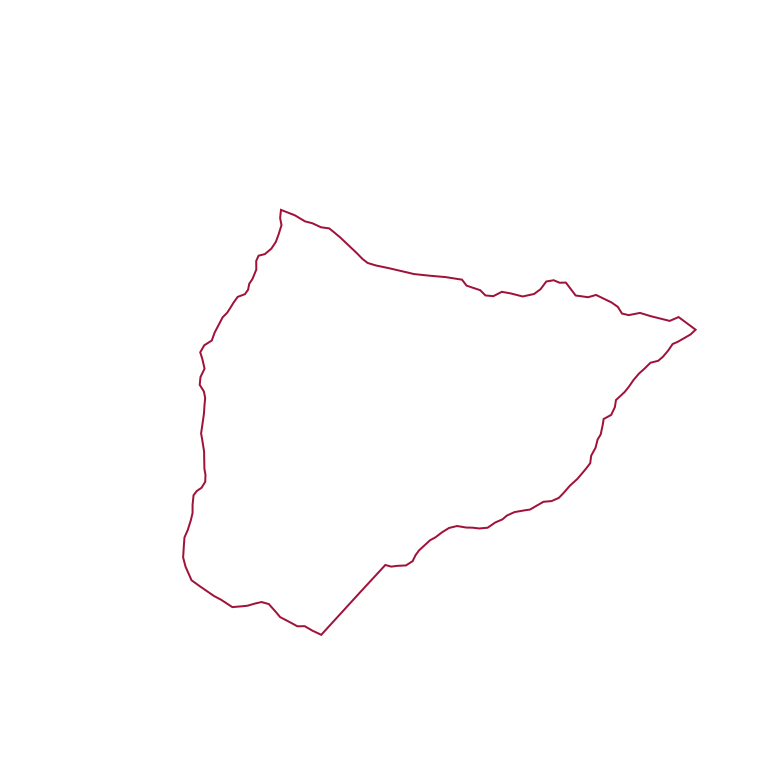 Xambrê, Paraná, Brazil (orthographic projection), rotated 140°
{"feature_id": "56859067B85711864918383", "entity_name": "Xambrê", "entity_type": "district", "adm_level": 2, "iso_a3": "BRA", "parent_name": "Brazil", "parent_adm1": "Paraná", "projection": "orthographic", "projection_center": [-53.6, -23.75], "detail": "fine", "context": "isolated", "style": "outline", "palette": "rose", "viewbox_px": 768, "rotation_deg": 140, "n_neighbors": 0, "source": "geoboundaries", "source_scale": "gbopen_adm2", "svg_char_len": 2182}
<svg xmlns="http://www.w3.org/2000/svg" viewBox="0 0 768 768"><g transform="rotate(140 384 384)"><path d="M504.4,526.4L507.2,519.7L511.6,511.1L520.1,507.3L525.7,501.8L526.8,494.0L530.0,488.2L534.9,483.4L540.8,477.2L547.7,471.0L555.9,463.7L558.8,458.6L565.3,447.8L570.2,441.8L576.0,434.6L579.2,429.1L583.8,424.0L590.5,421.8L596.1,422.4L601.4,421.2L608.3,414.5L613.6,408.2L619.7,403.7L628.2,398.3L635.5,394.7L641.9,388.1L649.4,380.2L653.5,371.5L657.6,357.3L655.0,347.1L652.7,338.8L650.6,331.1L647.4,323.2L643.6,310.6L636.1,305.3L631.1,301.9L624.5,299.0L618.1,295.8L613.7,289.5L613.4,279.9L613.4,272.2L609.9,263.7L606.1,254.1L600.4,249.4L597.4,241.1L593.3,232.2L536.2,239.8L499.3,244.5L495.8,239.4L490.9,236.3L483.8,230.9L475.9,229.9L470.1,232.5L464.3,234.0L458.2,234.3L449.1,234.7L443.3,233.5L434.9,233.1L426.7,231.9L419.4,228.3L413.2,221.1L408.6,217.1L403.9,212.1L397.0,207.3L387.7,206.4L380.4,204.2L374.3,204.2L366.4,202.0L357.6,196.9L352.7,193.9L346.6,192.9L337.6,191.3L330.9,186.6L323.3,184.4L317.2,185.0L307.0,186.6L297.1,187.0L288.0,188.5L282.2,189.6L276.9,190.8L271.4,195.9L262.9,199.2L256.0,204.2L250.4,206.1L242.6,212.2L238.2,216.0L229.8,214.3L222.0,217.9L216.6,222.6L204.7,223.2L197.8,224.6L190.2,226.7L181.8,228.1L175.1,228.3L166.2,229.0L159.0,225.5L152.6,225.6L144.2,227.1L137.2,229.1L131.9,227.5L124.6,226.2L117.3,224.9L110.4,225.3L115.3,245.9L124.6,248.7L136.0,264.4L142.2,273.9L152.3,279.5L156.4,285.0L155.3,292.7L157.3,300.2L164.3,315.9L171.9,319.3L176.3,324.2L180.3,328.6L179.5,344.8L184.4,348.7L187.3,354.4L193.8,358.2L203.1,356.0L211.2,356.5L221.5,361.9L228.6,371.8L234.5,378.9L243.8,381.0L249.4,386.7L250.0,394.0L257.5,406.2L257.2,413.8L268.0,426.2L279.7,437.9L290.4,449.0L306.2,470.1L314.0,480.0L318.7,487.2L320.1,493.6L320.7,501.6L323.3,524.1L324.8,532.7L326.0,538.5L331.5,544.5L335.5,553.1L340.0,559.4L343.8,570.4L351.0,583.6L356.9,577.9L360.4,571.6L368.5,566.4L375.7,562.3L383.3,560.1L391.8,560.1L397.6,562.9L402.8,560.4L408.3,553.7L417.3,549.0L422.8,547.4L427.5,543.6L432.8,542.2L440.1,544.8L447.1,543.0L453.1,541.0L458.3,539.4L464.8,538.8L472.3,535.7L480.8,532.2L488.0,528.0L496.8,529.2L504.4,526.4Z" fill="none" stroke="#9f1239" stroke-width="2"/></g></svg>